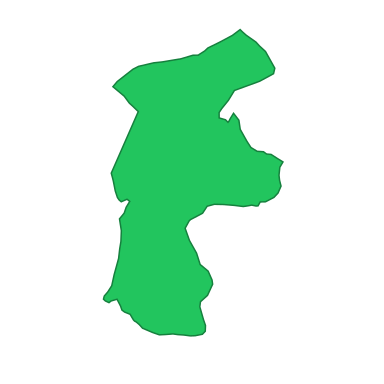 outline of Ado, Benue, Nigeria, rotated 341°
{"feature_id": "59680162B34366982763718", "entity_name": "Ado", "entity_type": "district", "adm_level": 2, "iso_a3": "NGA", "parent_name": "Nigeria", "parent_adm1": "Benue", "projection": "orthographic", "projection_center": [7.998, 6.763], "detail": "fine", "context": "isolated", "style": "filled", "palette": "green", "viewbox_px": 384, "rotation_deg": 341, "n_neighbors": 0, "source": "geoboundaries", "source_scale": "gbopen_adm2", "svg_char_len": 1709}
<svg xmlns="http://www.w3.org/2000/svg" viewBox="0 0 384 384"><g transform="rotate(341 192 192)"><path d="M77.5,269.6L80.0,268.7L86.2,269.0L87.3,276.6L87.3,280.8L89.2,283.6L93.7,287.5L94.4,291.1L95.0,293.9L95.7,295.4L96.6,296.3L97.3,297.3L99.0,300.2L100.9,304.7L107.8,310.9L109.0,312.0L114.6,316.4L120.8,318.2L127.8,320.0L132.1,322.2L137.6,324.5L143.6,327.5L148.2,328.9L155.5,329.9L159.2,328.0L161.3,322.6L161.3,316.4L162.0,303.1L164.3,298.5L173.0,294.8L181.5,285.9L182.3,281.7L181.5,272.1L176.1,263.2L176.4,251.3L173.8,237.0L173.7,224.0L174.5,223.3L179.9,218.4L181.6,217.6L195.1,215.5L201.7,210.4L209.1,210.9L217.8,214.1L227.8,218.5L235.7,222.4L238.3,222.9L241.7,223.5L244.1,223.8L248.0,226.1L249.9,226.6L253.3,223.6L258.3,225.2L267.7,223.8L273.0,221.0L278.1,215.4L278.6,209.5L279.7,204.5L280.9,201.9L283.1,197.2L287.8,193.2L283.4,187.8L279.0,182.2L274.9,180.4L272.7,177.2L266.8,174.7L262.2,169.1L260.4,161.8L258.0,148.5L259.7,139.4L256.9,131.1L251.9,135.2L250.2,136.9L248.7,137.8L247.2,134.6L241.8,130.8L243.5,125.7L247.3,122.8L256.2,117.2L265.2,109.8L292.0,109.3L307.6,106.7L310.6,101.9L307.2,83.0L303.3,75.8L301.3,71.1L294.3,61.4L291.7,56.8L290.4,54.1L281.1,57.1L266.6,59.4L253.9,61.0L249.9,62.8L243.5,64.3L242.6,64.7L237.4,63.0L224.1,62.4L222.2,62.0L218.6,61.4L206.1,59.3L197.9,57.4L182.4,55.8L176.1,56.7L157.3,63.2L151.5,66.7L159.1,79.3L161.7,87.6L163.7,91.2L167.4,98.5L121.8,147.9L121.5,152.3L121.2,155.8L119.8,166.0L119.7,172.9L120.5,175.8L121.9,178.2L128.2,177.7L130.1,180.6L124.8,185.0L121.0,189.9L114.7,193.8L112.6,205.6L108.7,215.6L105.1,222.3L101.0,230.9L91.5,244.8L85.6,254.5L79.8,259.1L75.2,261.8L73.4,264.5L74.6,266.8L77.5,269.6Z" fill="#22c55e" stroke="#15803d" stroke-width="1.5"/></g></svg>